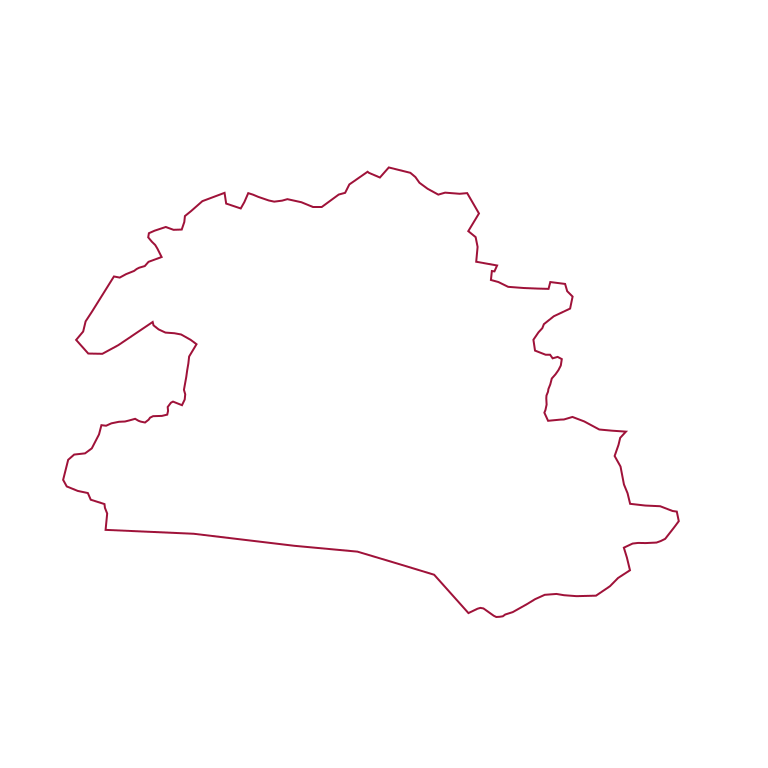 outline of Yewa North, Ogun, Nigeria, rotated 278°
{"feature_id": "59680162B21216344152794", "entity_name": "Yewa North", "entity_type": "district", "adm_level": 2, "iso_a3": "NGA", "parent_name": "Nigeria", "parent_adm1": "Ogun", "projection": "natural_earth1", "projection_center": [2.929, 7.092], "detail": "fine", "context": "isolated", "style": "outline", "palette": "rose", "viewbox_px": 768, "rotation_deg": 278, "n_neighbors": 0, "source": "geoboundaries", "source_scale": "gbopen_adm2", "svg_char_len": 2615}
<svg xmlns="http://www.w3.org/2000/svg" viewBox="0 0 768 768"><g transform="rotate(278 384 384)"><path d="M200.8,128.6L209.2,216.3L211.3,317.8L214.3,381.0L208.4,419.9L202.1,460.2L168.9,499.5L174.5,507.9L175.7,510.6L175.6,513.7L169.8,524.9L168.9,527.6L169.6,531.0L170.5,534.0L172.6,536.1L176.0,543.2L185.9,556.2L191.9,563.5L197.6,572.5L200.1,584.0L199.9,591.7L200.7,604.2L203.9,623.4L215.2,635.9L224.5,642.8L233.8,653.5L245.9,648.7L255.3,644.3L260.6,652.4L262.0,657.8L262.9,665.3L264.9,675.9L267.0,679.9L269.8,684.0L282.1,691.1L289.2,695.0L298.4,691.7L298.4,687.4L301.4,674.5L300.0,659.6L299.6,644.4L309.7,640.4L317.9,635.6L335.2,629.7L344.8,622.4L356.4,624.7L363.6,625.4L370.5,630.2L369.5,616.2L368.9,603.5L374.8,587.5L377.6,575.2L373.9,567.1L373.3,563.7L370.4,551.6L377.9,546.8L380.8,547.5L386.2,547.9L392.4,546.7L395.2,546.5L399.2,547.5L401.8,547.5L403.9,548.0L406.7,548.7L412.8,549.4L417.5,552.5L422.0,554.8L426.9,556.5L433.4,556.6L435.0,552.2L432.9,547.4L436.1,544.4L435.5,539.9L438.1,528.9L448.6,525.8L456.7,529.8L461.3,533.0L465.5,534.0L474.7,542.7L484.6,557.8L496.8,558.6L501.4,552.5L508.3,549.4L508.1,534.5L501.1,533.7L499.9,523.1L498.5,509.0L497.5,493.4L500.9,483.1L501.9,475.4L510.9,475.1L510.9,477.7L517.1,479.5L517.9,458.3L532.8,457.6L542.2,454.3L547.1,446.2L566.1,454.3L584.6,439.8L582.9,432.5L582.0,417.9L579.1,411.4L583.4,400.0L588.2,391.1L593.3,386.3L596.8,380.7L599.1,358.6L587.9,351.2L591.0,339.7L591.9,338.2L576.8,321.9L567.9,318.9L565.3,312.8L550.6,297.7L549.4,289.0L552.5,276.9L553.6,262.6L551.4,257.6L549.3,249.9L549.7,244.4L551.8,233.5L553.3,227.8L554.1,223.0L544.7,220.4L537.9,217.7L540.7,202.6L551.1,199.5L539.8,178.7L528.4,168.9L522.6,163.5L516.6,163.7L508.8,162.2L507.4,154.1L509.1,146.0L503.9,135.5L500.6,130.2L496.4,130.1L492.6,134.3L489.8,138.1L486.6,140.7L478.8,146.1L472.2,133.8L467.5,130.7L465.1,125.4L463.5,123.1L461.2,120.8L456.9,113.3L452.6,107.5L452.9,101.6L414.9,84.7L404.5,79.8L394.1,78.8L384.8,73.0L373.0,86.9L374.7,100.9L385.5,115.5L413.2,146.3L410.0,147.6L406.7,153.2L404.5,160.4L405.1,169.3L404.8,176.2L400.8,186.4L397.3,192.8L384.1,187.2L377.0,187.4L370.3,187.2L363.4,187.2L350.4,186.7L346.1,188.6L340.9,188.8L334.9,186.9L337.2,177.5L335.8,175.6L331.1,173.0L327.3,173.9L323.5,173.6L321.5,168.5L320.0,159.8L318.1,157.0L315.9,155.9L312.6,152.7L312.9,148.3L313.4,146.0L314.9,142.4L312.5,136.9L310.8,132.7L309.7,126.8L307.1,119.5L304.0,114.6L303.9,109.9L294.4,108.8L279.6,103.6L273.7,97.6L271.0,87.0L265.0,81.8L244.4,79.6L238.4,84.1L235.5,95.6L234.8,105.9L228.6,109.7L226.2,123.9L222.5,124.9L217.2,127.9L200.8,128.6Z" fill="none" stroke="#9f1239" stroke-width="2"/></g></svg>